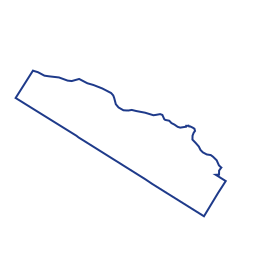 Klickitat, Washington, United States of America, rotated 212°
{"feature_id": "52423323B53834689647106", "entity_name": "Klickitat", "entity_type": "district", "adm_level": 2, "iso_a3": "USA", "parent_name": "United States of America", "parent_adm1": "Washington", "projection": "robinson", "projection_center": [-120.885, 45.825], "detail": "fine", "context": "isolated", "style": "outline", "palette": "blue", "viewbox_px": 256, "rotation_deg": 212, "n_neighbors": 0, "source": "geoboundaries", "source_scale": "gbopen_adm2", "svg_char_len": 1054}
<svg xmlns="http://www.w3.org/2000/svg" viewBox="0 0 256 256"><g transform="rotate(212 128 128)"><path d="M105.5,157.1L105.8,157.3L108.1,156.8L111.3,153.9L113.2,152.3L121.7,150.0L129.9,146.8L134.4,145.3L137.0,143.0L138.9,141.9L141.3,140.6L146.9,140.4L150.9,141.7L155.7,146.2L157.8,147.8L160.8,148.7L170.8,147.9L180.3,146.1L185.5,144.6L186.3,144.4L195.4,143.7L200.6,138.0L204.3,136.2L213.3,134.3L222.1,130.1L222.3,130.0L226.6,128.1L234.0,127.6L238.0,126.5L239.0,126.3L239.2,93.9L167.6,94.1L164.9,93.8L149.0,93.8L86.0,93.7L77.8,93.4L28.3,93.4L16.8,93.4L17.2,120.9L17.0,134.8L28.8,134.8L26.1,136.7L28.2,140.2L27.9,143.9L28.1,143.9L31.1,144.5L35.7,147.6L38.4,148.2L40.7,148.7L43.5,148.9L47.2,147.3L51.6,147.0L54.9,147.8L58.1,149.8L62.7,151.2L67.2,152.3L69.2,155.7L69.8,158.9L69.6,161.0L71.3,162.6L73.3,162.6L76.1,162.3L76.9,161.7L77.9,162.1L78.4,161.6L79.1,161.1L79.8,160.7L79.4,159.9L83.9,156.0L86.5,155.3L90.4,155.5L93.8,155.2L96.8,156.0L97.5,155.8L100.7,154.6L101.9,154.7L105.5,157.1L105.5,157.1Z" fill="none" stroke="#1e3a8a" stroke-width="2"/></g></svg>